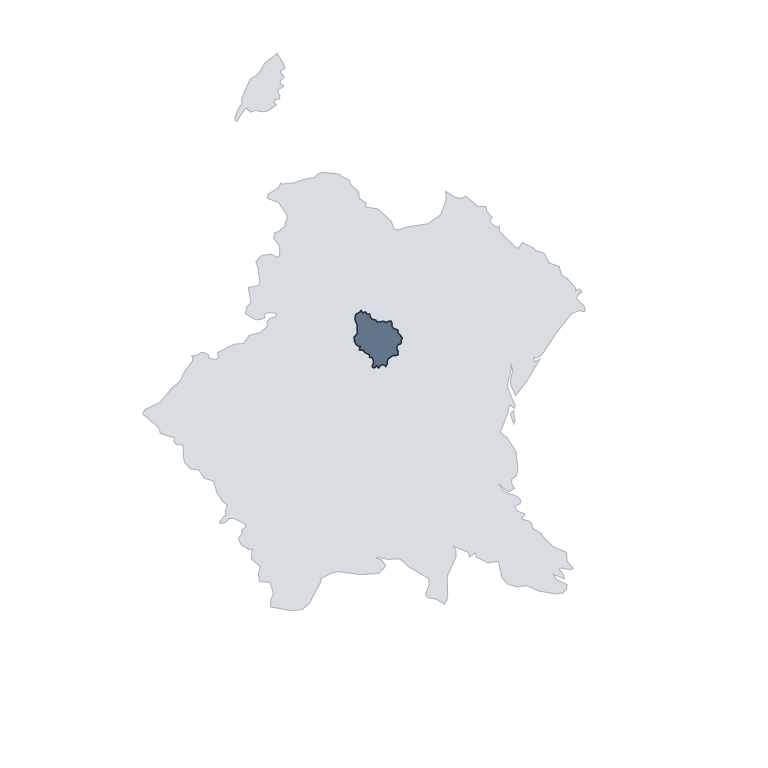 Puy-de-Dôme on a map of France (Mercator projection), rotated 206°
{"feature_id": "FRA-5335", "entity_name": "Puy-de-Dôme", "entity_type": "Metropolitan department", "adm_level": 1, "iso_a3": "FRA", "parent_name": "France", "parent_adm1": "", "projection": "mercator", "projection_center": [3.052, 45.776], "detail": "fine", "context": "in_parent", "style": "filled", "palette": "slate", "viewbox_px": 768, "rotation_deg": 206, "n_neighbors": 0, "source": "natural_earth", "source_scale": "10m", "svg_char_len": 6223}
<svg xmlns="http://www.w3.org/2000/svg" viewBox="0 0 768 768"><g transform="rotate(206 384 384)"><path d="M569.3,324.9L565.0,327.3L562.4,332.1L559.6,333.3L554.7,333.3L552.3,330.3L546.3,332.2L543.9,335.3L547.5,339.1L535.6,354.5L528.2,358.6L526.5,368.6L517.7,376.1L514.4,383.9L514.1,385.5L516.3,388.0L515.4,393.1L510.9,396.5L511.0,399.7L512.2,400.2L519.0,397.6L521.7,394.5L520.3,390.4L527.2,385.4L539.5,386.6L541.0,393.3L539.4,399.0L548.2,411.2L540.5,416.9L540.0,420.7L547.9,432.8L552.9,437.9L550.2,446.0L541.9,451.3L536.5,450.8L534.2,452.2L534.5,454.7L538.2,462.0L547.2,466.7L548.5,472.3L546.0,474.2L541.9,482.5L543.7,486.6L543.0,488.4L543.9,491.2L546.3,494.0L558.8,501.0L570.1,499.7L571.5,503.7L564.6,514.5L565.0,519.3L561.5,519.4L560.9,521.0L553.9,524.6L542.7,535.4L537.4,538.6L535.3,544.0L532.2,547.1L516.1,553.2L513.1,551.9L505.2,552.0L500.3,548.1L490.9,545.7L487.8,540.0L479.1,538.9L478.6,535.1L466.3,538.6L448.9,533.4L442.9,527.8L437.8,529.3L433.4,534.3L414.7,547.4L407.3,560.9L408.7,576.5L413.0,584.2L401.6,583.0L394.9,585.3L393.1,588.6L377.1,584.7L371.2,588.0L369.5,587.7L367.5,584.5L359.6,580.8L360.8,578.2L359.7,575.9L352.3,574.0L349.7,576.3L346.9,571.7L326.2,564.6L322.8,564.7L321.5,571.8L308.1,571.6L306.2,570.3L297.6,571.8L288.4,565.2L278.2,566.5L272.0,559.7L265.9,559.2L257.3,555.7L253.4,553.9L252.9,551.9L250.4,554.9L247.2,554.2L246.5,553.3L248.6,549.5L249.0,545.1L238.3,541.8L235.4,538.6L235.4,536.9L241.1,535.4L246.3,529.3L251.3,506.8L254.8,480.1L257.5,475.0L260.8,473.6L258.1,469.9L254.8,474.8L256.8,450.0L260.7,431.2L269.7,438.9L271.8,442.3L274.5,453.4L279.6,458.0L276.3,453.5L273.0,438.7L271.0,434.5L256.6,422.0L256.1,419.1L262.4,420.6L259.8,411.3L258.4,391.5L249.6,389.5L235.6,381.0L226.0,365.7L224.9,360.0L227.4,353.9L225.2,350.1L221.1,347.4L224.2,342.2L227.1,341.6L237.2,344.6L228.9,339.7L215.5,341.3L210.2,339.6L209.3,336.0L212.9,331.3L208.4,328.3L200.7,329.0L199.8,327.8L202.0,324.4L200.1,323.1L193.8,324.4L190.3,323.4L186.9,319.5L176.8,318.6L174.6,316.4L160.6,312.0L146.0,312.7L141.9,305.0L133.0,301.3L134.8,298.8L143.7,296.5L145.4,294.3L138.9,291.1L136.6,287.9L148.5,287.2L143.1,283.8L131.6,284.0L130.0,279.4L131.5,274.6L138.2,270.3L155.0,265.6L167.2,265.4L175.8,259.9L184.4,258.4L192.5,261.1L203.5,274.7L212.2,268.8L225.2,268.9L227.9,272.3L231.4,266.1L234.3,269.7L250.2,268.5L246.5,266.1L243.5,260.3L242.9,238.8L234.7,223.2L232.7,217.4L233.2,212.5L242.7,213.4L250.6,211.3L254.4,212.7L255.3,222.9L258.6,228.7L280.6,230.5L293.2,233.7L303.9,228.0L313.8,225.4L314.6,224.1L308.9,224.6L303.6,222.1L302.9,219.5L305.7,211.5L320.9,202.7L343.2,195.2L349.0,190.3L355.6,181.2L354.1,178.9L355.1,154.0L358.4,145.8L366.9,139.9L388.6,133.9L391.4,141.9L391.2,146.3L397.0,153.4L399.8,155.6L409.3,151.8L413.8,158.3L415.2,165.6L426.6,168.7L430.0,178.2L432.0,176.1L439.2,176.5L442.6,177.3L447.2,181.5L445.8,187.2L447.8,189.9L445.8,195.1L447.2,197.3L460.3,197.3L464.3,195.0L466.1,189.8L470.0,186.7L471.5,187.6L469.0,197.4L470.9,199.9L471.8,206.8L476.7,207.4L486.4,212.9L494.5,222.0L504.5,220.5L512.4,225.6L520.6,222.9L528.2,225.7L530.9,228.4L538.1,241.1L543.6,238.5L547.5,240.0L548.8,243.7L563.4,241.5L566.1,245.1L569.1,246.5L587.7,251.2L587.9,255.9L577.2,269.4L572.5,288.5L569.3,295.0L568.2,299.9L569.0,303.2L568.5,308.4L566.2,320.6L567.5,324.1L569.3,324.9ZM635.5,566.2L634.6,573.3L637.1,578.4L638.0,598.7L632.7,608.4L631.7,620.2L625.0,634.1L614.7,627.9L611.6,624.5L614.4,619.2L608.4,616.3L609.9,611.1L609.2,608.5L605.0,608.2L604.8,606.8L607.9,602.8L607.8,600.3L603.8,597.2L603.0,594.4L606.9,591.3L605.2,588.5L603.0,587.8L608.2,578.5L611.9,575.7L620.0,573.1L623.3,569.7L628.6,571.5L629.6,570.6L631.3,555.9L633.2,555.7L634.9,557.7L635.5,566.2ZM257.2,412.3L256.0,416.8L250.5,409.1L249.8,404.9L257.2,412.3Z" fill="#d9dde1" stroke="#a8b0b8" stroke-width="1"/><path d="M401.0,394.0L401.6,394.1L402.3,394.5L402.5,395.1L402.5,396.8L402.8,398.5L403.7,400.2L404.9,401.5L406.1,402.2L406.7,402.2L408.2,401.7L408.7,401.7L409.6,403.3L410.0,403.8L410.7,404.0L413.8,403.7L416.6,404.5L417.3,405.2L421.1,403.8L421.8,406.4L421.7,407.3L422.8,406.8L424.0,406.7L426.2,407.2L427.1,407.7L428.7,409.2L429.6,409.6L429.4,410.1L429.5,410.4L429.7,410.8L430.0,411.1L430.9,411.8L431.1,412.2L431.3,412.5L431.4,413.0L431.4,413.5L431.2,413.9L430.8,414.7L430.7,414.9L430.7,415.1L430.7,415.4L430.7,415.7L430.7,416.0L430.7,416.4L430.7,416.7L430.2,417.6L430.2,417.9L430.2,418.2L430.8,419.0L431.3,420.0L431.6,420.3L431.9,420.5L432.2,421.1L433.2,423.8L433.7,424.7L434.0,425.3L438.2,429.0L438.4,429.3L438.6,429.7L439.5,432.4L439.8,433.0L439.9,433.3L439.9,433.8L439.6,434.7L439.3,435.3L438.9,435.8L438.2,436.5L437.7,437.2L437.3,438.1L436.9,440.0L434.1,438.6L433.6,439.0L433.2,440.1L432.5,440.5L431.6,440.4L430.0,439.5L429.6,439.5L429.1,439.7L428.1,440.5L427.6,440.6L427.1,440.2L426.7,439.8L426.0,438.7L425.6,438.2L423.4,437.1L422.6,437.1L419.5,437.9L419.1,437.7L417.7,436.8L417.1,436.8L416.2,437.7L415.7,438.0L414.4,438.2L413.9,438.6L412.6,440.0L411.5,440.3L409.2,440.2L406.7,443.0L405.3,443.6L403.7,442.5L403.2,441.7L402.5,440.0L402.0,439.3L399.6,438.1L396.6,438.6L395.0,438.5L393.7,436.2L392.8,435.6L391.0,435.2L389.1,433.9L388.4,433.9L387.8,433.5L387.7,433.3L387.6,432.8L387.6,432.1L387.6,431.2L387.6,430.6L387.4,430.0L386.8,429.4L386.6,429.0L386.5,428.6L386.9,426.9L387.1,426.6L387.4,426.4L388.1,426.1L388.3,425.9L388.4,425.7L388.5,425.6L388.5,425.3L388.6,424.8L388.7,423.9L388.7,423.2L388.6,422.8L388.3,422.0L387.4,420.9L387.2,420.6L386.9,420.4L386.7,420.1L386.3,420.0L386.1,420.0L385.8,419.8L385.6,419.6L385.5,419.3L385.3,418.6L385.2,418.3L385.0,417.9L384.2,416.9L384.1,416.5L384.2,416.2L384.6,415.7L385.4,415.3L385.7,414.9L386.1,414.4L386.5,414.1L386.8,414.0L387.5,414.2L387.8,414.1L388.0,413.9L388.5,413.2L388.7,412.9L389.0,412.7L389.2,412.4L389.5,411.9L389.7,411.1L390.0,410.6L390.2,410.2L390.4,409.8L391.0,409.3L391.1,408.9L391.1,408.2L391.1,407.7L391.2,406.9L391.2,406.6L391.1,406.1L390.8,405.4L390.2,404.3L390.0,403.9L389.9,403.3L389.9,402.8L390.1,400.5L391.0,400.9L392.1,401.2L393.1,401.0L394.1,400.3L395.3,398.8L395.6,398.2L395.7,397.6L395.7,397.0L395.7,396.4L396.0,396.0L396.4,396.1L398.4,397.3L399.0,397.1L399.1,396.5L399.0,395.7L399.1,395.1L399.6,394.5L400.3,394.1L401.0,394.0Z" fill="#64748b" stroke="#1e293b" stroke-width="1.5"/></g></svg>